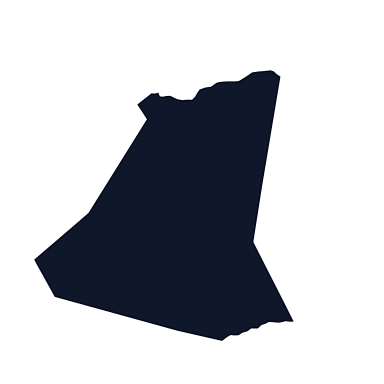 the district of Paes Landim, Piauí, Brazil, rotated 196°
{"feature_id": "56859067B98059440122572", "entity_name": "Paes Landim", "entity_type": "district", "adm_level": 2, "iso_a3": "BRA", "parent_name": "Brazil", "parent_adm1": "Piauí", "projection": "natural_earth1", "projection_center": [-42.304, -7.837], "detail": "fine", "context": "isolated", "style": "filled", "palette": "ink", "viewbox_px": 384, "rotation_deg": 196, "n_neighbors": 0, "source": "geoboundaries", "source_scale": "gbopen_adm2", "svg_char_len": 881}
<svg xmlns="http://www.w3.org/2000/svg" viewBox="0 0 384 384"><g transform="rotate(196 192 192)"><path d="M257.7,275.0L267.7,261.1L254.5,249.8L285.0,143.1L293.1,130.6L324.1,83.6L321.7,81.1L294.7,54.1L167.9,55.4L122.4,57.9L119.3,62.2L115.9,65.8L111.7,66.6L108.0,67.9L105.4,71.1L100.9,73.9L98.0,77.8L91.6,79.6L89.2,83.7L85.7,86.1L82.5,89.1L78.6,89.9L72.8,91.0L70.0,92.4L66.3,94.5L63.0,94.9L59.9,95.8L71.1,108.0L120.0,160.5L127.1,217.6L139.5,326.7L143.5,328.0L146.8,329.7L149.8,329.9L155.6,327.5L161.2,325.4L166.7,322.9L169.6,319.3L172.3,316.2L177.2,310.9L181.3,309.3L186.2,308.0L190.8,306.5L194.8,305.0L197.9,303.3L202.3,297.8L207.7,295.4L212.3,292.1L213.5,288.6L214.6,284.1L216.9,280.0L222.1,278.6L226.4,276.9L231.4,276.4L235.2,276.9L239.2,277.7L242.7,276.6L246.4,274.7L249.7,274.3L251.9,277.2L254.7,275.6L257.7,275.0Z" fill="#0f172a" stroke="#020617" stroke-width="1.5"/></g></svg>